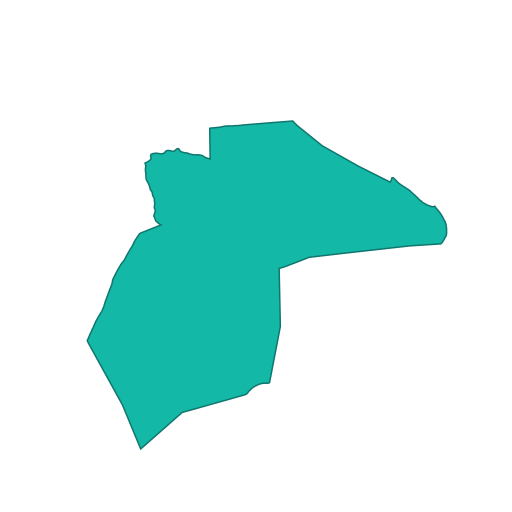 Homoine, Inhambane, Mozambique (orthographic projection), rotated 248°
{"feature_id": "85939544B9969435799517", "entity_name": "Homoine", "entity_type": "district", "adm_level": 2, "iso_a3": "MOZ", "parent_name": "Mozambique", "parent_adm1": "Inhambane", "projection": "orthographic", "projection_center": [35.094, -23.913], "detail": "fine", "context": "isolated", "style": "filled", "palette": "teal", "viewbox_px": 512, "rotation_deg": 248, "n_neighbors": 0, "source": "geoboundaries", "source_scale": "gbopen_adm2", "svg_char_len": 6095}
<svg xmlns="http://www.w3.org/2000/svg" viewBox="0 0 512 512"><g transform="rotate(248 256 256)"><path d="M138.6,128.9L131.5,193.6L131.5,194.7L131.6,195.6L132.0,196.6L133.1,198.4L133.3,198.8L133.9,200.3L134.6,202.0L135.1,203.1L135.2,203.6L135.2,204.0L135.5,205.0L135.5,205.8L135.7,206.3L135.8,208.7L135.9,210.0L135.9,211.6L135.4,214.6L134.7,216.8L134.4,217.2L134.2,218.1L133.9,218.6L133.6,219.5L133.4,220.4L133.5,220.8L133.8,221.3L181.6,252.2L235.8,272.8L235.3,277.7L235.0,292.9L234.9,304.7L225.9,337.5L207.9,402.0L198.0,431.9L198.6,433.4L199.8,435.2L200.4,436.0L201.1,436.8L201.3,437.2L201.5,437.5L202.1,438.0L202.3,438.3L202.6,438.8L203.0,439.1L203.5,439.9L204.0,440.1L204.3,440.4L204.7,440.7L206.5,441.6L207.7,442.0L209.2,442.6L209.5,442.8L209.9,442.8L210.6,443.2L211.0,443.2L211.3,443.3L212.7,443.6L213.6,443.9L214.0,443.9L214.4,444.1L215.2,444.0L215.7,444.1L216.6,444.1L218.1,444.1L218.5,443.9L219.9,443.9L220.3,443.8L221.4,443.8L221.9,443.7L222.7,443.6L223.1,443.5L223.6,443.5L224.0,443.3L224.4,443.3L224.8,443.2L225.3,443.2L225.6,443.0L226.1,443.0L226.6,442.9L226.9,442.7L227.4,442.7L228.2,442.4L228.6,442.4L230.3,441.7L230.7,441.7L231.2,441.6L232.0,441.2L234.0,440.6L234.4,440.6L234.9,440.4L235.2,440.4L235.2,440.2L235.2,439.3L235.3,438.5L236.1,437.2L236.5,436.9L236.8,436.5L237.0,436.1L237.4,435.8L237.6,435.4L238.0,435.2L238.5,434.5L238.9,434.2L239.4,433.5L240.1,433.1L240.4,432.9L241.0,432.4L241.2,432.1L242.6,431.1L242.9,430.8L243.8,430.2L245.0,429.8L246.7,428.7L247.2,428.5L247.6,428.3L248.4,427.9L248.8,427.9L249.2,427.6L250.8,427.0L251.6,426.5L253.3,425.9L253.8,425.5L254.5,425.2L258.3,423.4L258.7,423.3L259.2,423.0L259.6,422.8L259.9,422.5L261.5,421.5L261.8,421.2L262.6,420.7L263.0,420.3L263.5,420.1L263.9,419.7L264.4,419.5L264.8,419.0L265.7,418.4L266.1,418.2L266.4,417.9L266.9,417.6L267.2,417.5L267.6,417.1L268.0,416.9L268.8,416.4L269.2,416.2L270.2,415.5L271.1,415.2L271.5,414.9L273.5,414.2L274.3,413.8L275.1,413.4L276.0,413.1L276.4,412.9L277.2,412.5L277.4,412.2L277.5,411.8L277.5,411.3L277.2,410.9L276.2,410.3L275.5,409.7L274.3,408.0L300.8,384.7L333.4,358.7L361.6,343.0L362.9,342.5L364.9,341.6L365.7,341.3L366.1,341.1L367.4,340.7L381.3,296.4L381.3,296.0L382.3,293.4L382.3,292.9L382.8,291.3L382.8,290.9L383.3,289.7L383.3,289.3L383.6,288.3L384.1,287.1L384.4,286.2L385.0,284.5L385.0,284.1L385.6,282.3L385.9,281.7L386.4,280.5L386.8,279.6L387.0,278.9L387.6,277.5L387.6,277.1L387.9,276.4L387.9,276.0L388.2,275.2L388.2,274.7L388.5,273.7L388.5,273.2L388.7,272.4L388.7,272.0L388.8,271.6L389.1,270.3L389.2,269.8L389.4,269.5L389.4,269.1L390.2,266.7L390.2,266.3L390.6,265.1L390.6,264.8L391.1,263.7L391.2,263.0L391.7,261.8L391.6,261.3L391.7,260.9L363.1,249.8L363.3,249.6L365.3,247.0L366.6,245.8L367.9,244.8L369.4,243.7L370.8,241.6L372.1,239.0L372.3,238.1L373.7,235.3L374.7,233.9L375.3,232.8L376.2,232.0L377.0,231.2L377.9,229.5L378.4,228.8L378.7,228.2L379.0,227.8L380.1,226.4L380.6,225.8L381.3,225.2L382.2,224.9L383.9,224.7L384.6,224.3L384.9,223.4L384.9,222.6L384.5,221.2L384.2,220.5L383.9,219.1L384.3,217.9L385.8,215.9L386.6,214.5L386.9,213.7L387.1,212.7L387.0,211.7L386.7,210.9L386.1,210.3L385.8,208.8L385.9,208.4L386.0,207.3L386.2,206.4L386.5,205.8L387.5,204.1L388.2,203.0L388.7,202.0L389.1,200.7L389.6,198.6L389.6,197.8L389.5,196.7L388.8,196.0L388.0,195.7L387.0,195.6L386.0,195.3L385.0,194.5L384.4,193.1L384.1,191.6L383.8,189.5L383.8,188.0L382.7,187.9L382.3,187.7L381.1,187.6L380.0,187.2L378.8,186.4L376.7,185.5L373.0,184.5L371.2,183.9L370.8,183.8L369.7,183.3L367.8,182.9L366.5,183.0L363.5,183.4L360.5,183.4L357.3,182.9L356.1,183.1L355.0,183.4L353.9,183.5L352.9,183.4L351.5,183.0L350.1,182.9L348.1,183.2L347.2,183.2L345.2,182.4L343.4,182.1L342.5,181.7L341.7,181.3L340.3,180.5L338.9,179.8L338.3,179.7L337.1,179.9L335.8,179.5L334.6,178.9L333.4,177.9L331.8,176.4L330.6,176.2L328.9,176.4L328.1,176.2L325.8,176.3L325.4,176.6L324.2,177.1L323.8,177.4L323.4,177.5L322.1,178.4L321.0,179.0L320.4,179.5L320.5,157.2L320.3,156.8L320.2,156.4L319.8,155.6L319.5,155.2L319.2,154.8L319.0,154.5L318.7,154.1L318.6,153.8L318.0,152.9L317.6,152.6L317.5,152.2L317.2,151.9L317.0,151.5L316.0,150.0L315.3,149.3L315.2,148.9L314.9,148.7L314.7,148.3L314.0,147.7L313.9,147.4L313.5,147.2L313.2,146.7L312.8,146.5L312.6,146.1L312.3,145.9L312.0,145.4L311.3,144.7L311.2,144.4L310.6,143.7L310.0,142.7L309.1,141.6L308.9,141.2L308.6,141.0L308.4,140.7L307.8,140.0L307.5,139.4L307.1,139.1L306.9,138.7L305.9,137.5L305.7,137.2L305.3,136.9L305.1,136.5L304.8,136.1L303.9,135.1L303.7,134.8L302.8,133.9L302.6,133.5L301.8,132.7L301.5,132.2L301.1,131.4L300.7,130.9L300.6,130.5L300.4,130.2L299.5,128.8L299.1,127.9L298.7,127.6L298.5,127.1L298.1,126.8L297.8,126.3L297.5,126.0L296.9,125.0L296.4,124.5L295.5,123.2L294.7,122.4L294.2,121.6L293.9,121.4L293.1,120.3L292.7,119.9L292.4,119.5L291.9,119.2L291.7,118.8L291.3,118.5L291.1,118.0L290.8,117.8L290.5,117.4L289.7,116.6L289.5,116.2L289.2,116.0L288.9,115.5L288.4,115.2L288.1,114.7L286.0,113.2L285.6,112.9L285.1,112.8L284.8,112.4L283.8,111.8L283.5,111.4L282.8,110.9L282.2,110.3L281.8,110.1L281.7,109.7L281.3,109.5L281.0,109.2L280.7,108.7L280.3,108.4L280.0,108.2L279.8,107.9L279.1,107.2L278.7,107.1L277.8,106.1L277.4,105.9L277.3,105.6L276.9,105.4L276.7,105.1L276.4,104.9L275.9,104.4L275.6,104.3L275.3,103.9L275.0,103.5L274.6,103.3L273.9,102.5L273.5,102.2L273.2,102.0L273.0,101.7L272.5,101.4L271.4,100.3L271.1,100.1L270.9,99.7L270.5,99.6L270.2,99.2L269.8,99.0L269.6,98.7L268.6,97.9L267.8,97.4L267.5,96.9L266.8,96.5L266.5,96.3L266.1,96.0L264.9,94.7L264.4,94.4L264.3,94.1L263.9,93.8L263.5,93.3L263.1,93.0L261.8,91.4L261.5,90.8L260.7,89.9L260.6,89.6L259.3,87.9L259.0,87.6L258.7,87.1L258.2,86.5L256.9,85.0L256.7,84.6L256.4,84.3L256.1,83.8L255.2,83.0L254.8,82.2L254.4,82.1L253.8,81.4L252.3,79.8L251.9,79.4L251.6,79.2L251.3,78.8L250.9,78.5L250.1,77.6L249.8,77.1L249.4,76.8L249.1,76.4L248.7,76.2L248.5,75.8L248.2,75.7L247.0,74.3L246.7,74.0L246.5,73.7L246.1,73.3L245.8,72.9L245.2,72.2L244.9,72.1L243.8,70.9L243.3,70.6L243.1,70.2L242.8,69.9L242.4,69.7L242.1,69.2L241.8,69.0L241.7,68.7L240.9,67.9L238.5,67.9L167.8,76.4L120.3,76.8L138.6,128.9Z" fill="#14b8a6" stroke="#0f766e" stroke-width="1.5"/></g></svg>